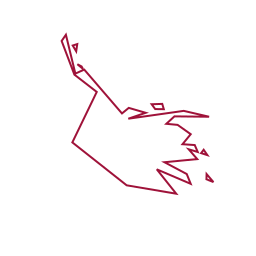 the border of Alaska, rotated 210°
{"feature_id": "USA-3563", "entity_name": "Alaska", "entity_type": "State", "adm_level": 1, "iso_a3": "USA", "parent_name": "United States of America", "parent_adm1": "", "projection": "natural_earth1", "projection_center": [-152.163, 61.314], "detail": "coarse", "context": "isolated", "style": "outline", "palette": "rose", "viewbox_px": 256, "rotation_deg": 210, "n_neighbors": 0, "source": "natural_earth", "source_scale": "10m", "svg_char_len": 743}
<svg xmlns="http://www.w3.org/2000/svg" viewBox="0 0 256 256"><g transform="rotate(210 128 128)"><path d="M169.0,87.7L173.1,143.6L201.1,147.4L229.0,170.2L228.4,177.7L200.8,148.8L195.1,156.7L140.5,137.6L137.4,145.8L120.3,150.0L132.4,136.2L88.3,170.7L63.4,178.3L93.6,161.3L96.9,150.8L86.6,155.5L70.6,154.0L72.7,141.2L61.7,146.6L55.6,142.1L64.8,139.9L52.5,135.7L79.3,116.6L54.1,117.5L45.8,111.0L82.4,106.6L53.4,95.2L100.5,77.7L169.0,87.7ZM119.4,160.4L110.4,166.0L106.4,162.2L113.9,158.0L119.4,160.4ZM217.1,171.8L213.9,175.3L211.2,168.5L217.1,171.8ZM34.4,122.8L36.9,127.4L27.0,123.9L34.4,122.8ZM199.0,158.1L196.6,156.7L203.7,157.9L199.0,158.1ZM52.1,142.8L51.6,147.0L45.7,144.2L52.1,142.8Z" fill="none" stroke="#9f1239" stroke-width="2"/></g></svg>